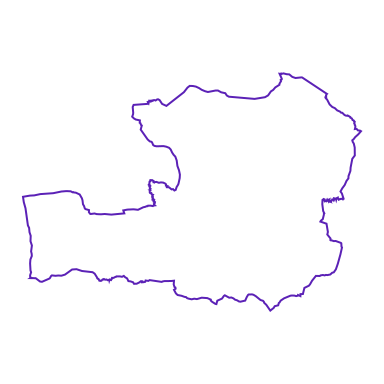 Dan Khun Thot, Nakhon Ratchasima, Thailand (orthographic projection)
{"feature_id": "78962969B23608126314551", "entity_name": "Dan Khun Thot", "entity_type": "district", "adm_level": 2, "iso_a3": "THA", "parent_name": "Thailand", "parent_adm1": "Nakhon Ratchasima", "projection": "orthographic", "projection_center": [101.7, 15.236], "detail": "fine", "context": "isolated", "style": "outline", "palette": "violet", "viewbox_px": 384, "rotation_deg": 0, "n_neighbors": 0, "source": "geoboundaries", "source_scale": "gbopen_adm2", "svg_char_len": 6013}
<svg xmlns="http://www.w3.org/2000/svg" viewBox="0 0 384 384"><path d="M133.6,104.9L132.7,107.0L133.2,112.7L133.1,114.1L132.2,116.7L133.9,118.4L135.7,119.5L139.9,120.4L139.7,122.8L140.5,123.3L140.9,124.8L141.8,125.5L140.7,129.6L147.6,139.4L149.8,141.4L151.2,141.7L152.0,142.3L153.2,145.1L154.5,145.9L156.6,146.3L163.5,146.1L166.3,146.7L169.1,147.8L170.7,149.5L172.1,152.5L173.6,154.8L175.3,156.6L176.7,160.5L177.4,165.9L179.0,170.3L179.9,174.6L179.7,178.1L178.6,183.2L178.2,184.5L176.6,187.1L175.7,189.9L174.4,190.5L173.0,189.1L171.6,189.4L169.0,187.3L166.8,187.2L166.7,186.3L167.1,186.0L165.9,185.6L166.1,184.4L165.1,183.5L163.2,182.6L160.9,182.4L158.9,182.8L156.4,181.9L154.9,182.1L154.3,182.5L154.0,182.1L153.5,182.1L153.5,180.9L152.9,180.8L152.4,180.2L150.4,180.1L150.3,180.8L150.0,181.1L150.2,181.4L149.5,181.9L149.4,183.7L149.1,184.2L149.3,184.4L148.9,184.8L149.7,185.3L149.3,185.5L149.6,185.9L149.3,185.9L149.3,186.5L149.8,186.8L149.9,187.8L150.3,188.4L150.1,188.6L150.5,188.9L150.0,189.7L150.2,190.0L149.8,190.1L150.2,190.4L149.8,190.8L149.7,192.1L149.9,192.8L151.0,193.5L151.4,193.2L151.9,194.5L152.9,194.8L152.4,195.5L152.2,196.5L152.8,196.5L152.9,196.9L152.6,197.5L153.0,198.2L152.6,198.3L152.5,199.3L152.9,199.2L154.2,199.9L153.9,200.6L153.4,200.2L153.2,200.4L153.6,201.6L154.4,201.6L155.0,202.1L154.8,202.9L154.3,202.6L154.3,203.5L153.9,203.9L154.0,204.7L154.8,205.4L153.4,205.6L152.9,206.1L150.9,205.7L148.0,205.7L147.6,206.2L146.5,206.2L145.7,206.7L143.2,207.3L138.0,209.8L133.6,209.3L127.3,209.6L123.3,210.4L124.3,213.4L111.3,214.6L104.7,214.0L100.9,214.3L96.7,214.1L94.5,213.5L90.7,214.0L90.1,213.8L88.9,212.2L89.0,210.1L85.5,209.1L84.8,208.4L84.0,205.9L83.0,204.3L82.5,200.3L81.9,198.3L79.7,194.5L75.9,192.7L73.6,192.4L73.2,192.1L72.6,192.3L70.7,191.3L66.4,191.1L61.5,191.5L53.2,193.2L40.3,194.1L34.2,195.4L30.0,195.6L23.0,196.8L23.8,202.2L25.5,208.3L27.9,225.4L29.1,227.9L29.5,232.2L30.7,235.8L30.5,241.2L31.9,245.5L31.1,251.4L31.7,253.9L31.8,256.0L30.4,259.5L30.1,263.4L30.5,270.5L31.1,272.3L30.1,275.3L30.2,277.5L31.0,277.7L30.4,278.1L35.7,278.2L40.0,281.5L42.0,281.8L49.5,278.5L50.1,277.8L51.0,276.1L51.9,275.4L55.6,275.8L58.3,275.5L61.4,275.7L65.0,274.6L72.1,269.5L76.5,269.2L82.0,271.0L92.6,272.2L94.7,273.7L97.0,277.4L97.2,278.2L97.6,278.7L98.4,278.8L99.4,280.7L100.0,280.5L100.6,280.9L101.5,280.7L102.4,279.6L103.2,279.2L103.7,279.5L104.1,279.1L105.2,279.7L106.6,279.5L107.6,280.2L109.2,279.9L109.3,280.4L109.4,280.1L109.6,280.4L110.4,279.7L111.1,280.0L111.6,278.9L112.1,278.6L112.1,277.9L113.5,277.9L115.6,276.8L116.1,276.8L116.5,276.4L120.0,276.4L122.0,276.8L123.8,275.9L125.1,277.2L127.1,278.4L128.4,281.1L130.6,281.4L133.1,282.3L134.0,283.8L136.7,283.7L139.2,282.5L140.9,281.2L142.2,281.3L142.0,282.3L143.6,282.2L145.2,281.8L145.6,280.5L148.4,280.9L149.6,280.1L161.8,281.9L162.4,281.5L164.3,281.1L171.3,281.0L174.0,280.7L173.7,284.4L174.5,287.0L175.4,287.5L175.6,288.7L174.0,289.8L175.9,293.4L177.6,295.0L181.6,295.8L184.6,296.9L186.0,297.1L187.2,298.2L188.8,298.7L191.7,299.3L194.2,298.7L196.9,299.1L201.7,297.7L207.3,298.1L210.8,299.6L210.7,300.5L212.1,301.8L215.4,303.9L216.4,304.1L217.3,300.7L222.0,298.6L223.9,295.9L224.8,295.3L229.2,297.7L231.4,297.5L233.5,298.4L234.9,299.6L237.3,300.4L238.8,301.4L240.4,301.7L245.2,300.6L246.7,297.2L248.0,295.0L248.6,294.5L252.1,294.4L253.5,294.8L255.7,296.1L260.5,300.0L263.0,300.8L263.9,301.8L264.1,302.7L266.3,304.8L270.3,310.6L273.7,307.9L274.7,306.2L278.2,305.3L278.8,303.0L279.5,302.5L280.7,300.6L284.1,298.3L290.4,295.7L291.9,295.5L294.5,295.6L296.1,296.1L297.8,295.7L298.0,295.0L300.4,296.1L300.5,294.1L302.9,294.0L304.4,287.9L308.9,285.7L310.1,284.2L312.0,280.8L315.9,275.9L319.8,276.0L320.5,275.4L322.9,275.0L324.7,275.4L325.9,274.9L327.3,275.1L330.3,274.5L332.1,272.8L333.8,272.3L335.9,269.3L337.8,263.8L340.4,254.5L342.0,247.4L341.5,246.7L341.3,243.3L340.9,242.9L335.7,241.0L333.7,241.1L331.8,240.4L330.9,240.4L330.4,240.1L330.5,238.5L327.3,234.5L327.9,232.0L326.5,223.7L320.4,221.6L320.8,220.8L322.8,219.1L323.9,214.6L323.9,213.2L324.2,213.1L323.2,211.1L322.3,204.3L322.5,199.9L323.7,199.0L324.7,199.5L324.4,200.4L324.8,201.3L325.4,201.0L326.4,201.3L327.2,199.6L327.6,200.2L328.7,199.7L328.0,200.9L328.6,201.1L328.9,201.8L329.3,201.4L329.9,201.6L329.5,201.1L329.9,200.5L330.4,201.3L331.2,200.7L331.5,200.9L332.3,199.4L333.3,199.7L333.8,200.4L334.3,199.4L334.1,198.3L335.1,198.5L336.0,199.0L336.2,199.7L336.3,199.3L336.9,198.6L336.6,198.2L337.8,197.6L337.9,198.6L338.2,198.6L338.8,199.7L340.2,198.9L340.7,199.1L342.2,198.6L342.7,199.1L342.9,198.5L343.3,199.0L343.6,198.8L341.9,193.5L340.5,191.5L342.2,188.4L344.7,185.0L346.5,180.9L348.4,178.4L348.5,176.1L350.4,170.9L350.6,167.6L352.3,158.8L354.8,155.5L354.7,147.5L353.8,143.6L352.7,141.8L352.3,140.3L353.7,139.1L355.2,137.1L358.2,134.4L361.0,131.2L360.0,130.6L357.9,130.4L356.8,129.1L356.0,128.8L354.9,129.0L355.4,126.7L355.2,125.6L354.7,124.8L354.8,124.3L354.2,123.3L354.7,121.9L354.2,121.6L354.3,121.3L353.5,120.3L352.6,120.1L351.9,118.5L350.3,117.6L350.3,117.0L347.7,115.5L347.4,115.8L345.8,115.6L344.5,115.0L342.3,112.8L341.1,112.7L340.0,111.6L337.2,110.4L334.8,108.1L332.3,107.0L329.6,104.4L327.0,99.4L325.8,98.3L325.4,97.3L326.2,97.0L326.0,95.5L326.5,94.7L326.3,94.1L326.8,93.8L302.2,77.5L301.3,77.4L295.5,78.0L292.3,76.9L289.3,74.4L286.6,74.2L283.5,73.4L282.5,73.7L281.4,73.5L280.9,73.6L280.9,74.0L279.6,73.8L281.8,78.8L281.7,79.4L280.7,79.9L281.0,81.2L279.5,83.6L279.4,84.8L275.3,87.4L273.2,89.9L270.9,91.4L268.1,95.4L265.0,97.2L254.6,98.9L228.9,96.7L226.8,95.5L225.3,93.2L221.2,92.3L217.9,90.5L215.7,90.5L207.9,92.0L205.0,91.2L201.7,89.8L199.1,88.1L195.9,86.6L192.9,86.0L189.7,85.9L187.5,87.6L183.9,92.2L166.4,105.9L162.1,103.9L159.6,100.1L158.1,99.3L157.2,99.4L155.6,100.5L154.6,100.1L153.2,100.2L152.9,100.7L152.4,100.6L152.4,100.9L151.2,101.4L151.2,101.0L150.7,100.7L149.5,101.4L149.1,100.9L148.7,101.6L148.2,101.8L148.6,102.1L148.3,102.4L148.7,102.7L148.5,103.6L147.9,103.0L147.8,103.7L147.3,103.9L133.6,104.9Z" fill="none" stroke="#5b21b6" stroke-width="2"/></svg>